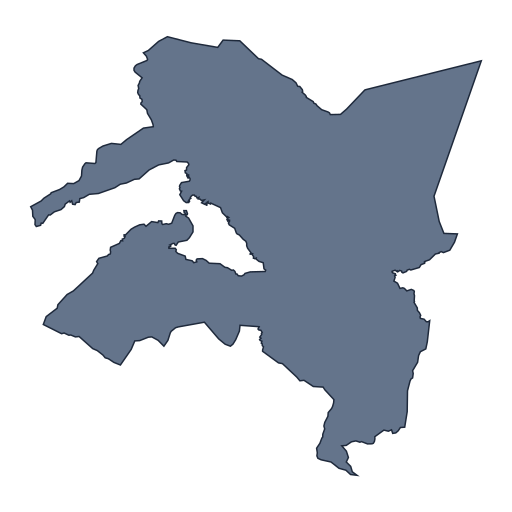 Salangen nor, Troms, Norway
{"feature_id": "86288312B52632964277123", "entity_name": "Salangen nor", "entity_type": "district", "adm_level": 2, "iso_a3": "NOR", "parent_name": "Norway", "parent_adm1": "Troms", "projection": "orthographic", "projection_center": [17.874, 68.875], "detail": "fine", "context": "isolated", "style": "filled", "palette": "slate", "viewbox_px": 512, "rotation_deg": 0, "n_neighbors": 0, "source": "geoboundaries", "source_scale": "gbopen_adm2", "svg_char_len": 6024}
<svg xmlns="http://www.w3.org/2000/svg" viewBox="0 0 512 512"><path d="M30.7,206.7L32.5,210.2L32.8,216.3L35.2,219.6L35.0,224.6L36.3,226.5L40.6,225.3L41.2,223.1L42.8,223.3L48.6,214.9L50.2,215.0L54.4,211.8L61.0,209.6L64.4,206.6L65.2,204.1L69.5,200.9L70.1,202.3L71.7,200.8L72.6,204.2L75.1,204.6L76.2,202.5L79.3,202.1L79.8,198.6L83.7,197.6L89.3,194.3L98.4,193.5L114.9,187.7L120.3,184.2L126.4,183.0L134.4,179.3L139.1,178.9L149.2,169.9L158.7,164.9L168.6,162.9L173.7,160.0L176.0,160.2L176.8,161.5L187.1,162.0L188.5,163.4L188.8,164.8L186.6,167.5L186.5,170.1L185.0,170.6L185.3,172.8L186.8,173.6L186.8,174.9L188.6,174.9L188.6,176.0L187.0,176.2L188.1,178.1L189.0,177.1L190.0,178.5L190.1,179.8L189.4,181.2L181.5,182.6L179.7,185.4L179.5,186.6L180.0,187.6L179.4,188.8L180.4,191.0L181.6,191.2L179.8,194.7L183.6,200.7L186.2,202.6L188.7,202.5L189.1,201.9L188.1,202.0L188.2,201.3L188.9,200.2L189.2,201.2L189.6,199.1L190.8,198.4L190.3,197.6L191.1,196.3L192.5,195.1L194.4,195.1L195.1,196.3L196.2,196.3L197.1,198.0L198.8,197.4L198.2,198.9L200.2,199.2L201.4,200.5L204.3,199.9L201.6,202.8L204.7,204.3L205.4,203.6L206.3,205.2L206.9,205.1L206.9,202.4L208.0,201.7L208.0,203.0L210.5,204.0L210.8,203.1L220.5,207.6L222.4,212.8L226.6,216.9L227.3,216.5L228.6,217.4L227.1,217.9L228.0,219.2L227.0,219.5L227.7,221.1L229.5,220.3L229.6,221.1L228.4,223.0L229.2,224.8L234.7,228.3L236.3,232.9L237.1,233.9L239.4,235.0L243.2,239.3L245.8,241.2L246.7,243.3L246.7,245.8L247.6,248.2L251.2,253.1L250.8,253.4L252.0,253.6L251.3,254.1L252.5,254.0L252.3,254.7L253.6,256.6L253.4,258.3L253.5,258.8L253.7,258.0L254.7,258.7L256.1,258.2L255.9,258.9L259.0,261.4L263.2,262.7L264.0,268.8L265.7,270.1L265.2,271.5L250.2,271.9L245.0,273.4L244.0,274.8L241.5,276.1L238.2,275.7L237.0,274.0L235.9,274.0L234.9,271.4L233.4,270.0L231.7,270.3L227.5,267.7L224.9,267.3L220.0,263.7L209.2,263.2L206.1,260.4L202.5,258.6L197.1,258.9L196.2,260.1L196.8,261.8L193.8,262.7L192.2,260.8L185.9,259.4L185.2,256.1L177.6,253.3L175.8,251.4L176.3,249.7L175.2,248.3L168.9,248.3L168.8,247.0L170.7,246.3L170.8,245.2L170.0,244.9L173.0,243.4L174.3,243.4L175.1,245.0L176.1,245.3L178.3,242.0L186.9,240.3L189.4,237.7L193.0,231.9L193.0,225.9L188.6,218.1L185.8,216.2L186.3,214.8L187.2,214.7L187.5,213.8L186.4,210.6L183.9,210.6L184.2,212.6L185.3,213.4L185.6,214.8L181.9,214.4L180.2,212.8L177.5,212.6L175.9,213.5L174.7,215.4L171.7,223.2L168.6,224.3L166.3,223.7L162.7,224.5L161.9,223.7L161.7,221.0L158.6,220.9L157.9,222.6L151.6,221.6L146.0,226.3L144.0,224.2L139.7,224.8L134.6,227.1L131.1,229.2L125.6,234.8L124.1,234.8L124.1,236.2L125.1,236.4L124.4,238.2L122.2,239.2L122.6,240.8L120.8,240.7L119.4,243.4L110.6,247.3L110.2,250.2L110.6,251.7L110.4,253.6L110.1,254.1L108.6,254.5L107.2,256.0L98.9,258.3L96.6,261.6L97.8,263.6L93.7,270.3L92.6,273.1L73.4,290.9L67.1,294.5L57.9,304.7L57.2,308.2L46.2,316.6L43.3,324.5L61.6,333.7L64.1,333.0L68.8,335.2L70.8,335.0L75.4,336.9L79.1,336.5L92.7,348.6L97.3,350.6L102.9,355.0L105.2,357.8L108.3,358.7L113.9,362.4L120.4,365.0L131.2,349.4L134.8,340.9L139.7,340.6L148.3,337.2L151.8,336.9L158.1,340.3L163.9,346.2L167.9,340.4L170.3,332.8L171.2,331.3L175.6,327.7L178.3,326.9L204.4,322.2L218.7,338.9L225.1,344.2L230.4,346.2L232.9,344.2L235.7,339.7L239.4,331.1L240.0,325.3L259.1,326.7L258.0,329.0L258.9,330.0L260.9,330.3L262.2,332.5L261.4,333.4L261.7,334.5L259.8,337.1L261.0,338.2L259.6,339.5L260.2,340.5L261.9,341.2L261.3,343.2L262.2,343.8L262.3,345.6L263.5,346.8L262.6,350.0L262.6,351.3L278.5,362.9L282.4,363.6L296.8,377.1L299.9,380.8L304.0,380.3L313.3,386.5L323.1,387.1L325.0,390.0L333.9,399.6L333.6,402.9L332.6,406.4L331.6,408.5L328.2,412.6L327.9,416.3L324.8,422.3L323.9,426.0L324.7,428.9L322.8,434.2L322.7,437.1L321.9,438.0L319.9,443.3L316.6,448.2L317.3,452.8L316.9,455.9L317.9,458.3L321.1,459.8L331.0,462.0L339.0,468.3L345.9,470.2L350.5,474.5L357.0,475.3L352.3,471.8L350.7,466.4L346.3,462.0L348.4,457.5L346.4,451.2L341.8,445.8L346.2,445.4L351.5,441.8L355.9,440.9L359.9,442.2L361.5,441.6L367.5,443.9L372.0,443.8L373.3,443.3L374.4,441.5L374.9,439.0L374.8,436.7L383.9,430.1L388.4,431.2L391.5,429.8L392.7,433.4L395.8,432.9L398.2,430.8L400.4,427.5L404.7,427.2L407.2,411.6L407.5,390.8L410.0,381.1L411.0,379.0L412.6,377.9L413.2,373.5L412.6,370.7L417.6,362.3L418.6,355.5L420.4,351.7L425.8,348.9L427.3,341.8L429.7,320.7L428.0,321.8L426.3,321.7L424.1,319.2L420.4,318.4L420.0,316.9L420.7,315.4L419.4,312.7L417.4,310.4L417.3,307.9L414.0,302.3L414.5,301.4L414.2,300.7L414.5,295.7L414.0,293.8L414.3,291.4L413.8,290.5L411.3,289.4L406.8,290.9L404.4,288.4L402.8,287.8L400.0,288.4L397.5,283.2L393.9,281.1L395.1,277.4L394.6,275.9L395.8,275.3L395.2,274.7L395.5,274.3L395.3,273.7L393.0,273.0L392.1,272.1L392.1,271.3L395.1,270.2L397.2,271.7L397.4,270.9L398.4,271.5L399.7,270.4L401.6,271.1L401.9,272.3L403.0,272.9L406.6,271.4L407.1,270.2L409.4,269.3L410.8,270.0L419.3,267.5L421.1,264.6L424.6,263.3L424.8,262.6L424.3,262.0L424.7,261.5L429.5,259.8L435.4,254.0L439.1,253.2L439.1,252.6L441.2,251.6L443.4,252.6L449.8,250.2L454.5,242.2L457.4,233.9L443.9,233.4L439.2,221.5L434.0,196.2L481.3,60.8L366.0,89.6L364.8,90.0L346.6,109.1L340.5,114.4L330.3,114.6L329.5,112.9L328.1,112.0L321.7,109.7L317.0,105.7L316.0,104.1L313.8,103.1L313.2,101.6L306.3,97.4L306.3,96.5L305.3,95.0L302.1,92.2L302.7,91.3L302.3,89.6L299.8,86.5L297.7,86.3L296.0,82.8L292.2,79.5L282.1,75.1L261.5,59.3L258.5,58.7L239.8,40.8L223.1,40.1L217.7,47.4L191.1,42.8L167.4,36.7L158.6,41.4L148.3,50.5L143.4,52.8L146.4,56.2L147.6,59.3L146.9,60.5L137.1,64.5L135.4,65.8L134.0,68.1L134.0,70.3L135.1,72.1L142.1,77.8L139.7,81.4L139.4,83.0L138.1,85.4L138.7,88.6L138.0,90.3L137.7,92.6L138.6,94.7L139.7,95.5L140.0,98.1L141.8,99.2L142.2,100.9L142.2,101.6L141.0,102.9L140.8,104.1L146.8,109.7L147.5,113.4L151.4,119.9L153.1,124.8L153.3,126.7L143.4,128.1L126.6,139.6L120.9,144.4L111.4,143.4L103.0,146.0L98.7,148.5L97.5,149.6L96.9,151.1L95.9,162.6L94.9,163.5L86.0,162.8L84.9,163.7L82.6,167.1L81.9,170.1L81.5,176.0L79.0,180.6L73.7,183.6L67.6,183.3L63.9,186.9L59.6,189.5L51.2,192.7L50.6,193.9L43.9,198.2L41.1,201.0L30.7,206.7Z" fill="#64748b" stroke="#1e293b" stroke-width="1.5"/></svg>